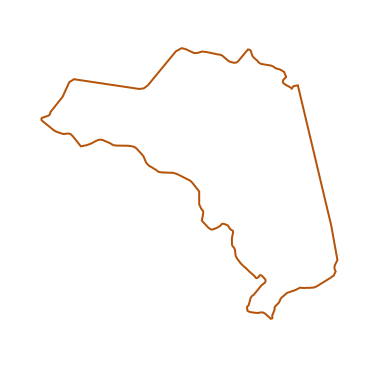 the Province of Alajuela, rotated 346°
{"feature_id": "CRI-1333", "entity_name": "Alajuela", "entity_type": "Province", "adm_level": 1, "iso_a3": "CRI", "parent_name": "Costa Rica", "parent_adm1": "", "projection": "robinson", "projection_center": [-84.692, 10.447], "detail": "fine", "context": "isolated", "style": "outline", "palette": "amber", "viewbox_px": 384, "rotation_deg": 346, "n_neighbors": 0, "source": "natural_earth", "source_scale": "10m", "svg_char_len": 2785}
<svg xmlns="http://www.w3.org/2000/svg" viewBox="0 0 384 384"><g transform="rotate(346 192 192)"><path d="M280.9,67.2L282.8,68.3L283.3,70.0L283.3,72.3L283.7,75.1L284.6,76.8L287.2,80.5L287.8,82.1L289.9,84.4L299.2,88.4L301.3,90.0L303.1,92.2L307.0,94.4L310.4,97.7L311.2,103.2L308.4,104.8L307.6,105.4L306.7,107.2L307.0,108.5L307.9,109.4L308.3,110.2L312.7,114.2L313.8,115.8L316.0,113.9L319.1,114.0L320.6,114.2L320.5,115.2L320.0,163.8L319.6,200.5L319.3,226.6L319.0,257.9L316.7,292.5L316.7,293.1L313.0,297.5L312.0,299.3L311.9,299.9L311.8,300.6L311.8,301.8L312.2,303.8L309.2,307.4L303.7,309.4L290.3,313.7L286.7,314.2L285.7,313.9L283.2,313.5L282.3,313.3L281.5,313.0L277.5,312.3L273.7,311.0L268.8,312.1L259.8,312.9L253.7,316.0L252.0,317.1L251.8,317.4L251.6,318.0L249.3,320.6L245.8,322.6L244.5,323.7L243.9,324.5L244.0,325.1L243.9,325.8L240.2,331.0L239.8,331.9L239.6,333.6L239.2,334.0L237.8,334.1L233.4,327.5L231.6,326.0L229.2,325.4L226.6,325.3L223.3,324.2L219.1,322.4L217.7,321.3L217.0,320.4L217.3,319.2L217.3,317.9L217.4,317.3L217.8,316.8L218.1,316.4L219.5,315.7L223.2,309.1L224.8,307.5L227.0,306.7L236.8,299.4L240.0,298.0L241.0,297.4L241.6,296.8L241.8,296.3L242.0,294.6L239.4,289.9L238.0,289.1L237.5,289.3L235.9,290.7L234.4,291.2L233.7,291.2L233.3,291.0L233.1,290.7L232.8,290.0L232.7,289.5L231.4,287.3L228.2,282.8L226.5,279.9L223.3,275.3L222.1,273.2L219.9,268.1L218.9,264.5L219.7,258.7L219.6,257.9L219.4,256.6L218.3,254.3L218.1,253.4L218.1,252.5L219.3,247.4L219.9,245.7L222.0,241.4L222.2,240.2L222.2,239.4L221.8,239.0L220.6,237.9L219.8,236.6L218.7,233.1L215.1,230.5L213.6,230.2L213.1,230.4L212.6,230.7L211.3,231.6L208.6,232.5L204.8,233.2L203.1,233.3L202.0,233.2L200.7,232.3L200.3,231.9L199.0,230.2L194.6,222.1L197.8,215.3L198.1,213.0L197.6,212.0L197.3,211.6L196.8,210.0L196.0,205.8L199.1,193.2L194.7,183.4L193.2,180.8L181.8,170.9L178.2,168.8L167.1,165.6L164.4,164.3L162.2,161.6L156.9,156.3L156.2,155.4L155.1,153.5L154.5,151.9L153.6,145.8L151.3,141.1L148.5,136.1L147.2,134.6L145.9,133.7L143.2,132.4L141.0,131.6L130.3,128.8L127.2,127.6L126.0,126.6L124.5,125.0L118.5,120.4L117.0,119.5L115.8,119.0L114.6,118.9L113.2,118.9L110.8,119.3L106.4,120.5L101.2,121.1L95.2,120.8L90.2,109.8L88.5,106.8L87.6,106.1L87.1,105.8L86.6,105.5L86.1,105.3L81.6,104.7L80.4,104.2L75.5,101.0L73.2,99.1L64.2,87.2L63.9,86.8L63.5,85.9L63.4,85.3L63.5,84.8L64.3,83.8L71.1,83.2L72.9,82.3L73.5,81.3L73.9,80.3L89.6,68.2L99.2,56.1L100.0,55.5L100.5,55.3L101.3,55.2L102.5,54.7L104.0,54.3L104.5,53.9L133.2,65.8L165.6,79.2L170.2,79.8L174.9,77.9L195.5,62.6L210.4,51.6L216.6,49.9L220.2,51.7L227.8,57.8L231.3,58.4L235.6,58.1L240.2,59.8L250.2,64.7L251.3,65.1L252.3,65.5L253.3,66.1L254.2,66.8L258.7,73.2L260.4,74.8L262.2,75.9L264.4,76.9L266.6,77.1L268.5,76.2L279.2,68.4L280.9,67.2Z" fill="none" stroke="#b45309" stroke-width="2"/></g></svg>